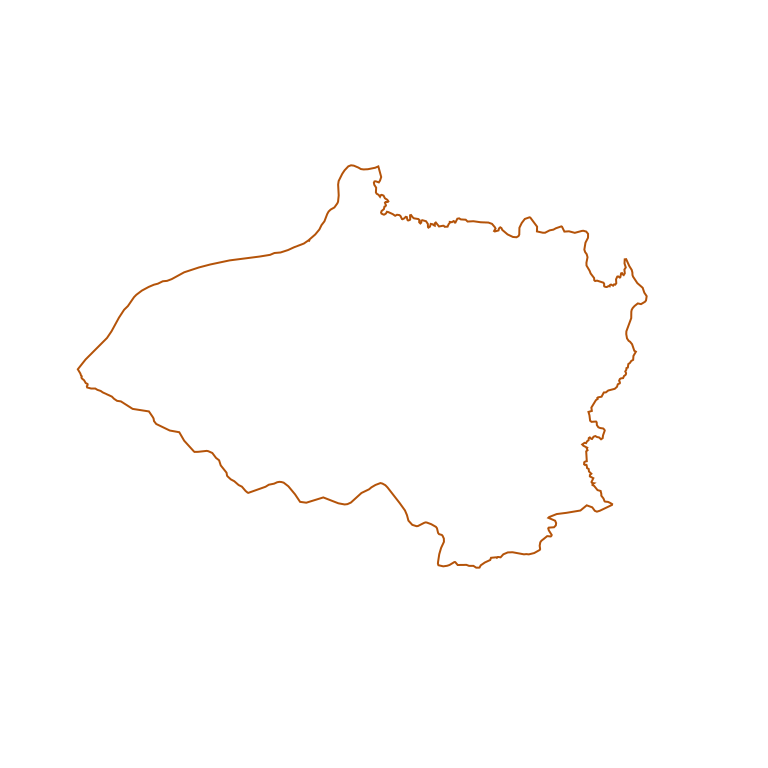 Alas, Manufahi, East Timor (Mercator projection), rotated 157°
{"feature_id": "22284137B36199594403094", "entity_name": "Alas", "entity_type": "district", "adm_level": 2, "iso_a3": "TLS", "parent_name": "East Timor", "parent_adm1": "Manufahi", "projection": "mercator", "projection_center": [125.842, -9.043], "detail": "fine", "context": "isolated", "style": "outline", "palette": "amber", "viewbox_px": 768, "rotation_deg": 157, "n_neighbors": 0, "source": "geoboundaries", "source_scale": "gbopen_adm2", "svg_char_len": 6154}
<svg xmlns="http://www.w3.org/2000/svg" viewBox="0 0 768 768"><g transform="rotate(157 384 384)"><path d="M660.1,517.2L659.4,512.3L659.6,510.2L659.2,509.2L660.0,508.1L659.9,507.1L658.6,504.6L658.2,501.4L656.9,499.9L657.1,499.0L658.4,498.1L658.6,496.8L655.3,494.2L651.5,492.6L650.1,490.6L647.5,488.3L646.2,486.2L639.4,478.7L638.3,475.9L636.3,472.8L633.0,470.8L625.1,459.3L611.1,450.6L609.8,444.1L609.6,442.3L610.2,439.7L609.3,436.2L599.4,424.9L591.3,419.6L590.1,409.9L585.3,396.1L584.9,395.5L581.6,394.2L573.3,391.7L572.0,390.8L569.0,387.6L567.5,381.6L565.6,378.2L566.1,372.9L563.6,363.9L564.3,360.9L564.0,359.9L562.3,356.1L559.8,353.0L557.3,347.8L554.9,345.0L553.2,339.6L552.0,337.3L551.4,336.8L533.2,335.7L529.4,336.3L524.1,335.2L520.7,335.3L518.5,334.8L516.8,333.9L514.9,332.4L512.0,327.2L509.0,317.2L507.3,308.3L501.9,305.1L484.2,303.3L472.6,292.0L467.3,288.5L464.6,287.7L460.8,287.8L447.3,292.5L438.9,292.9L436.0,293.8L431.3,294.4L426.0,294.2L424.4,293.0L422.3,290.3L421.2,287.5L416.1,268.3L414.1,259.4L414.1,254.3L414.9,248.7L413.0,243.3L409.6,240.4L408.3,240.0L401.3,240.5L399.9,240.4L398.8,239.8L395.3,236.5L392.0,232.2L391.6,230.5L392.4,225.8L392.0,224.3L389.8,222.5L389.4,221.5L389.3,218.3L390.5,215.3L395.5,210.8L399.6,205.8L403.7,199.2L404.6,197.5L404.7,195.9L400.7,193.0L396.9,192.0L394.4,191.8L388.8,192.6L388.0,192.2L386.9,188.6L378.8,185.3L376.7,183.3L372.7,181.6L370.9,178.9L368.5,177.9L367.8,177.7L365.8,179.3L360.9,180.3L355.0,180.5L353.4,182.2L348.3,180.6L348.0,179.9L346.9,180.3L346.2,180.0L344.4,178.9L340.7,180.6L335.9,180.6L331.4,178.9L321.7,172.5L319.4,171.8L317.3,170.6L311.8,169.7L305.5,170.4L304.8,171.0L303.9,174.3L302.0,177.2L300.4,178.2L293.2,180.2L290.1,178.5L289.3,178.8L288.6,179.5L289.5,184.9L289.2,187.0L288.4,187.4L283.5,185.7L281.1,186.7L279.9,188.7L279.9,191.3L285.0,196.6L284.0,197.0L275.8,196.8L266.3,194.1L252.6,190.8L244.8,193.1L240.5,189.1L239.5,184.9L237.9,183.3L234.9,183.0L221.4,183.6L220.9,184.3L222.3,186.2L223.8,187.9L226.5,189.4L226.8,190.0L226.7,192.8L227.6,196.3L226.9,197.9L226.4,200.9L228.9,202.9L230.4,208.1L231.6,209.6L231.1,210.3L229.5,210.6L231.1,211.6L231.3,212.7L228.1,215.5L230.6,218.5L230.0,219.8L228.2,220.4L229.5,223.4L228.8,225.8L229.9,227.2L229.2,230.2L229.7,230.8L230.6,230.9L231.2,231.9L230.3,233.7L228.8,234.0L227.5,233.7L224.2,243.0L222.5,243.5L222.6,245.3L221.8,245.9L224.6,249.3L225.2,250.9L222.4,251.5L221.1,250.6L219.5,251.9L217.7,252.3L216.6,254.2L215.4,254.4L214.6,252.5L214.0,252.1L211.7,253.6L209.8,253.5L208.6,251.9L206.9,250.8L205.8,248.3L203.9,248.7L202.4,251.2L199.0,254.9L199.0,255.9L199.6,257.4L202.2,259.0L203.6,260.4L204.1,263.0L203.2,265.6L203.5,266.6L207.8,268.1L208.6,269.7L207.1,275.0L206.7,278.4L203.2,278.0L202.3,281.3L195.3,286.3L193.1,286.8L193.1,287.8L192.2,288.1L188.7,287.3L185.0,290.3L183.0,289.6L180.1,290.4L173.5,289.4L170.6,290.4L168.9,292.4L166.7,292.5L166.2,293.4L166.3,295.1L165.0,296.4L163.7,296.6L161.6,296.0L159.9,297.6L158.3,297.9L157.3,298.7L156.9,299.5L157.0,301.3L155.4,302.4L154.6,303.9L153.1,303.9L151.3,306.9L149.4,307.3L147.4,308.6L145.2,308.9L143.4,312.4L139.5,315.3L140.6,316.8L140.1,323.7L141.0,326.8L141.9,328.1L142.5,331.0L141.5,335.3L140.3,337.8L130.7,348.0L128.1,353.9L127.0,355.5L125.3,356.8L122.9,357.9L118.9,359.0L116.2,357.1L111.7,357.7L110.2,358.5L107.9,362.2L108.7,366.4L108.3,371.5L111.4,377.9L112.8,385.5L112.7,387.2L111.8,389.6L111.4,392.2L112.1,396.6L112.3,404.3L113.7,404.7L115.5,401.0L115.9,396.8L118.0,395.4L119.1,391.8L120.8,390.6L121.4,391.6L121.6,393.1L122.5,393.2L124.7,390.0L125.3,389.8L126.5,391.6L127.3,391.7L129.5,389.7L130.8,386.0L132.3,385.1L133.2,385.8L134.7,385.0L136.0,386.7L136.8,386.9L138.1,386.5L138.2,385.8L139.5,386.4L140.9,386.2L141.8,386.6L143.0,387.6L143.1,388.3L142.2,390.1L142.4,391.5L147.5,395.9L149.4,396.3L149.9,397.3L149.2,399.5L150.6,405.0L150.5,407.9L151.3,413.9L150.3,416.5L147.1,421.2L146.7,424.3L147.3,426.8L147.1,429.4L143.3,435.4L139.2,438.8L138.6,439.9L137.5,442.5L138.3,445.3L140.7,447.2L142.1,447.6L149.3,448.6L154.1,452.3L158.4,453.8L158.7,459.2L159.2,459.8L165.0,460.2L167.7,459.9L171.5,460.7L176.7,460.3L178.7,461.2L183.6,464.7L181.6,469.0L184.3,480.0L185.0,480.6L189.9,480.9L194.3,478.4L198.3,474.9L201.1,468.7L202.4,467.6L204.7,467.3L207.9,469.0L211.8,473.4L214.9,479.6L215.0,481.7L215.8,482.8L217.3,482.3L218.6,480.6L222.4,481.1L222.9,481.8L220.6,483.5L220.7,485.0L222.0,489.2L224.8,491.8L231.8,495.1L238.1,498.9L243.6,500.9L244.6,503.3L249.0,505.5L250.1,507.1L251.9,507.5L255.2,504.7L255.8,505.0L255.8,506.2L256.3,506.8L258.3,506.4L260.1,507.5L260.5,506.6L262.0,505.9L264.0,504.0L266.7,505.0L267.2,506.3L267.8,506.6L271.8,507.5L273.2,512.4L274.3,512.1L275.4,509.9L276.4,511.0L276.6,511.9L278.4,513.1L280.2,510.9L282.0,510.6L282.2,511.3L281.1,514.2L281.7,517.4L284.7,519.8L285.7,519.8L286.7,518.0L287.8,517.6L288.4,519.1L287.4,521.3L287.9,522.4L291.7,524.8L292.5,526.3L293.1,529.0L294.1,529.1L295.5,525.4L296.2,524.9L297.9,525.1L298.3,525.9L297.8,528.8L298.7,529.4L300.5,528.6L302.5,528.4L303.0,528.8L303.2,532.3L303.9,533.5L305.9,534.7L308.0,534.5L309.6,537.0L312.8,540.5L314.0,541.4L315.5,540.2L317.4,539.8L318.2,540.1L319.7,541.8L319.7,543.0L318.6,544.2L315.8,545.0L314.3,547.1L313.3,547.0L312.4,547.7L312.3,550.5L311.4,550.9L309.4,550.1L308.6,550.4L309.0,552.3L310.6,554.6L310.8,557.6L312.2,559.0L313.1,559.1L314.5,557.9L315.1,560.3L316.4,562.0L316.6,563.5L314.5,567.8L315.1,571.1L314.7,573.2L313.6,574.2L312.4,573.8L310.0,571.6L308.2,572.8L305.7,575.6L304.2,586.5L307.6,586.5L314.9,588.0L319.0,589.5L321.3,590.9L323.0,593.2L326.5,596.8L328.9,598.2L331.8,598.3L336.8,596.1L340.3,593.8L346.4,588.6L348.3,585.5L352.0,575.3L355.1,569.7L356.4,568.5L360.7,565.9L365.0,565.4L367.6,564.4L369.8,562.7L375.3,557.0L379.4,554.7L383.1,551.5L388.9,548.5L396.6,546.0L396.9,545.5L396.5,544.4L397.6,545.7L402.9,544.6L413.5,545.0L420.0,544.8L427.9,545.5L433.7,547.4L438.4,547.4L448.6,549.9L477.8,558.1L497.2,561.9L508.8,563.6L524.3,564.9L538.4,563.5L543.4,563.7L547.5,565.0L553.0,564.7L557.0,565.3L562.7,565.3L570.3,564.6L577.1,562.9L580.2,561.6L589.3,555.8L594.2,553.9L602.1,548.6L614.2,539.0L621.0,534.6L649.1,523.2L660.1,517.2Z" fill="none" stroke="#b45309" stroke-width="2"/></g></svg>